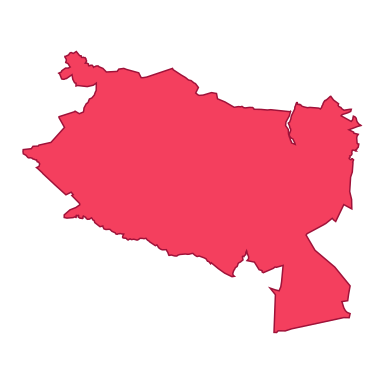 the district of Coquimatlán, Colima, Mexico
{"feature_id": "50627088B5887634213656", "entity_name": "Coquimatlán", "entity_type": "district", "adm_level": 2, "iso_a3": "MEX", "parent_name": "Mexico", "parent_adm1": "Colima", "projection": "orthographic", "projection_center": [-103.915, 19.176], "detail": "fine", "context": "isolated", "style": "filled", "palette": "rose", "viewbox_px": 384, "rotation_deg": 0, "n_neighbors": 0, "source": "geoboundaries", "source_scale": "gbopen_adm2", "svg_char_len": 5840}
<svg xmlns="http://www.w3.org/2000/svg" viewBox="0 0 384 384"><path d="M234.4,276.3L233.1,275.2L232.8,273.3L233.8,270.4L234.5,269.5L235.4,267.6L237.1,266.5L237.8,264.7L237.9,264.0L238.5,263.0L240.4,262.0L243.0,259.9L242.5,257.6L242.5,256.4L242.8,256.3L243.4,256.3L243.9,256.6L244.5,255.5L245.7,254.7L245.8,252.5L246.6,250.8L246.9,251.9L247.0,252.8L248.6,256.8L248.6,257.6L248.5,258.9L247.0,260.6L254.4,262.1L259.1,269.7L262.0,270.6L262.1,271.9L263.3,272.7L273.4,268.3L275.0,267.0L276.4,267.3L283.1,265.4L281.6,281.7L280.8,286.8L279.1,290.8L275.4,289.9L270.1,288.1L275.4,294.7L274.0,332.4L276.6,332.5L278.2,330.8L285.3,330.9L291.7,328.8L343.7,317.6L349.2,317.7L350.1,313.6L347.3,312.5L345.4,310.7L343.8,307.8L341.9,301.6L347.7,300.7L348.6,294.2L350.1,285.9L334.8,267.1L315.0,250.3L306.1,235.1L307.0,233.7L324.1,224.5L324.3,224.1L325.4,223.8L332.2,218.3L333.6,219.9L335.7,221.5L343.8,204.6L351.8,208.9L351.6,199.5L349.7,191.6L350.6,177.1L352.3,172.0L353.0,162.6L352.7,162.2L353.6,159.9L353.5,159.7L353.1,159.7L352.5,158.8L352.2,158.7L351.5,158.9L351.0,159.7L350.3,159.6L349.5,158.7L349.2,158.6L349.2,158.0L350.1,157.2L349.8,156.0L350.4,155.9L351.6,154.8L352.0,153.7L351.9,152.8L351.6,152.5L352.0,151.5L352.2,150.4L352.5,150.4L353.0,150.0L354.8,150.5L355.0,150.7L355.2,150.8L355.3,150.5L355.8,151.0L356.2,151.0L355.4,150.3L356.0,150.1L356.0,149.6L356.6,149.5L357.5,147.8L357.8,147.7L358.2,147.3L358.8,144.1L358.0,144.0L357.9,143.7L357.4,143.6L357.1,143.2L356.7,137.9L357.2,135.7L357.6,135.1L357.9,135.0L358.3,134.3L353.9,133.2L353.6,132.1L348.9,129.8L357.8,126.4L361.0,125.5L360.5,125.0L359.4,124.6L357.5,122.4L356.8,121.1L356.2,118.4L355.8,117.7L354.9,116.8L353.5,116.2L353.5,116.8L353.0,117.1L353.0,118.1L352.6,119.8L351.2,121.4L341.1,115.8L341.5,115.2L342.4,114.5L347.8,112.8L350.2,111.7L350.3,111.4L350.7,111.4L351.3,109.3L349.9,109.3L344.0,110.2L342.1,109.0L340.9,107.5L338.8,106.5L338.1,105.4L338.6,103.8L333.5,100.0L331.0,96.6L330.9,96.8L330.2,96.5L327.5,99.0L326.5,99.8L325.5,100.3L325.5,100.6L324.8,100.6L323.8,102.1L323.0,103.7L323.0,104.4L322.0,106.0L321.6,107.5L320.3,109.0L319.7,108.5L318.6,108.1L310.0,107.4L307.4,107.7L303.7,106.8L302.0,106.2L301.1,105.4L300.8,104.9L300.5,104.8L300.2,104.8L298.7,104.5L298.9,104.3L297.2,104.1L297.3,102.6L296.6,102.6L296.1,103.7L295.5,105.7L294.9,106.9L294.7,109.1L291.8,115.0L291.1,117.0L290.9,118.8L289.7,122.0L288.3,123.1L289.5,125.9L289.9,127.9L290.7,129.0L290.7,130.5L289.2,134.3L289.5,136.0L290.6,137.6L293.1,139.2L293.5,140.4L294.6,142.4L295.2,144.4L291.5,142.9L291.4,141.3L290.7,140.9L289.7,137.3L289.4,137.1L288.5,134.0L288.3,129.5L285.6,125.6L285.9,122.1L289.4,115.7L290.3,112.2L290.7,111.3L290.6,111.2L290.2,111.6L289.1,111.6L270.7,109.7L267.4,110.0L260.8,109.4L254.1,109.3L253.5,108.2L252.5,107.5L249.4,107.4L245.5,107.9L243.8,107.7L242.0,106.4L240.6,106.8L238.4,106.6L234.2,107.3L224.9,101.9L217.5,98.8L216.5,93.5L211.5,92.6L203.1,95.1L199.0,95.4L198.2,95.0L195.7,93.0L198.4,87.5L195.7,83.9L195.1,83.4L194.1,83.0L191.1,80.6L188.5,80.0L185.6,77.6L181.2,75.0L173.1,69.7L172.5,68.4L146.6,77.1L142.8,77.7L141.1,77.6L138.7,72.8L126.7,69.5L123.8,68.4L118.8,69.1L117.2,71.4L106.4,72.0L102.9,68.4L98.9,66.7L98.3,66.0L97.0,65.9L95.9,66.1L94.7,66.8L93.5,66.8L93.4,67.0L93.0,66.2L92.1,65.2L90.4,65.3L89.9,65.7L88.6,65.7L88.4,63.9L86.8,63.1L85.3,63.2L85.6,62.5L86.5,61.3L86.5,60.6L85.9,59.3L85.9,58.7L85.0,57.6L84.1,57.7L83.5,57.3L83.1,57.3L81.9,57.5L81.6,57.4L81.2,56.6L81.2,55.9L79.6,55.6L76.3,51.5L73.3,53.4L72.3,53.1L71.7,52.6L70.9,52.6L70.2,52.8L69.6,53.4L68.6,54.9L65.7,56.3L64.9,56.4L65.0,57.3L65.9,58.6L66.3,59.6L66.2,61.2L65.8,61.9L65.7,62.5L67.6,63.4L68.3,64.0L69.7,66.4L70.2,67.0L68.3,68.1L65.5,68.1L61.8,70.7L61.4,71.9L58.7,73.2L58.9,73.4L59.6,73.7L61.6,78.8L62.0,79.1L63.9,79.3L64.9,79.0L65.5,78.6L66.4,78.6L72.0,74.7L72.8,79.3L74.6,82.8L76.0,83.2L76.0,86.0L77.6,85.5L87.3,86.6L93.3,85.2L96.3,83.1L96.2,90.4L95.3,92.2L94.3,95.1L91.8,98.0L89.4,99.0L88.5,101.1L88.5,101.6L87.4,103.2L87.0,103.2L86.3,103.7L84.0,108.0L83.8,110.2L83.4,112.0L79.3,113.7L75.1,111.2L74.9,111.6L59.0,116.7L59.0,117.6L64.5,127.4L51.0,142.4L38.9,145.1L38.1,146.1L33.0,146.3L31.3,148.7L23.2,149.6L23.0,151.6L23.3,153.8L26.0,155.3L27.9,157.5L28.9,157.9L30.3,157.7L32.1,158.2L33.1,159.1L33.8,159.1L35.8,160.0L36.4,159.8L36.8,160.2L36.8,160.8L37.3,161.8L38.6,162.1L39.7,163.9L39.0,166.4L36.5,167.6L37.7,168.5L42.3,172.8L42.9,173.6L55.1,185.0L65.9,194.8L71.2,192.2L73.2,194.7L71.8,195.5L79.6,203.5L79.8,204.8L75.9,207.5L69.9,209.9L64.2,214.9L64.2,217.5L66.9,218.1L73.2,217.6L74.8,216.9L76.0,217.5L76.2,217.2L76.0,216.5L76.4,216.2L76.2,215.9L76.2,215.5L76.9,215.3L77.4,215.7L77.9,215.8L78.4,215.4L78.6,215.6L78.6,216.2L78.3,217.0L79.8,218.1L82.6,218.5L83.0,218.1L82.8,217.2L83.3,216.0L83.6,216.0L83.9,216.6L85.6,217.2L86.3,218.5L87.5,219.3L89.6,219.1L91.4,217.8L92.1,218.4L92.7,219.8L94.1,220.5L94.8,222.6L100.0,226.7L102.8,226.0L102.9,226.7L104.0,228.9L105.9,229.5L108.7,229.3L110.0,229.4L111.9,231.3L115.2,232.8L115.8,233.9L117.1,234.3L118.2,233.8L119.3,233.8L120.0,233.5L122.1,234.0L123.7,234.1L122.7,236.3L122.6,237.2L122.8,237.7L123.4,238.0L126.1,238.3L126.5,238.6L127.1,239.4L128.1,240.0L129.3,239.2L129.7,239.2L130.1,238.9L131.5,239.6L133.8,239.2L137.1,240.1L138.4,239.6L140.1,238.3L142.6,238.4L144.0,238.7L146.0,238.3L147.1,239.7L148.0,240.5L148.6,240.7L149.6,241.8L155.4,245.7L156.9,244.9L158.2,246.8L158.4,247.5L159.9,248.7L161.1,249.4L162.3,249.8L166.4,249.7L167.0,251.2L167.7,252.1L168.8,255.2L169.1,255.4L171.3,255.0L174.4,255.9L175.4,255.9L176.0,256.1L177.0,255.9L178.2,255.0L180.0,254.5L185.3,254.0L187.8,254.3L189.1,254.2L191.8,253.5L192.9,253.4L194.5,254.9L196.6,256.3L197.1,256.5L197.8,256.4L199.1,256.0L204.3,257.9L206.1,258.9L207.5,261.2L208.2,261.3L209.0,261.8L210.6,263.8L211.3,262.8L218.3,268.6L224.6,273.1L232.0,276.7L234.4,276.3Z" fill="#f43f5e" stroke="#9f1239" stroke-width="1.5"/></svg>